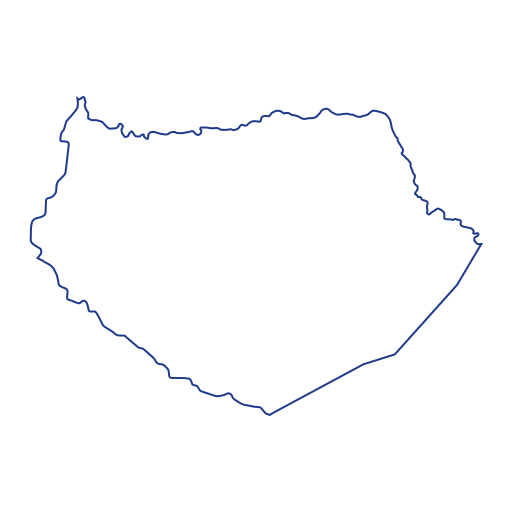 the district of Unión Cantinil, Huehuetenango, Guatemala
{"feature_id": "79465075B38315595445593", "entity_name": "Unión Cantinil", "entity_type": "district", "adm_level": 2, "iso_a3": "GTM", "parent_name": "Guatemala", "parent_adm1": "Huehuetenango", "projection": "albers", "projection_center": [-91.745, 15.587], "detail": "fine", "context": "isolated", "style": "outline", "palette": "blue", "viewbox_px": 512, "rotation_deg": 0, "n_neighbors": 0, "source": "geoboundaries", "source_scale": "gbopen_adm2", "svg_char_len": 5977}
<svg xmlns="http://www.w3.org/2000/svg" viewBox="0 0 512 512"><path d="M481.3,244.0L479.2,244.2L477.9,244.1L476.8,243.4L475.7,242.3L474.3,240.4L474.3,239.0L474.4,237.8L475.4,237.0L477.0,236.3L478.2,235.1L478.5,234.2L478.0,233.3L476.9,233.3L474.6,233.7L473.7,233.7L473.3,233.3L473.5,232.0L473.5,230.6L472.9,229.8L471.9,228.9L471.0,228.3L470.2,228.1L468.2,227.6L462.8,226.5L461.9,226.0L460.8,225.1L460.5,223.9L460.9,222.3L461.0,221.4L460.4,220.5L459.1,219.8L457.7,219.9L456.5,219.2L455.3,219.0L454.4,219.2L453.4,219.9L452.6,219.9L451.1,219.4L447.2,219.3L446.0,219.2L444.5,218.5L444.2,217.6L444.4,214.5L444.1,212.8L443.2,211.6L441.2,209.9L438.4,208.6L437.3,208.7L431.0,212.9L429.2,214.4L428.4,214.4L427.6,213.7L427.1,212.9L427.0,212.1L427.4,210.8L427.0,207.0L427.1,205.3L427.6,204.0L427.6,202.8L427.1,201.6L424.4,200.4L423.0,200.1L422.1,199.7L421.4,198.7L421.1,197.7L420.3,197.1L419.4,197.0L417.9,197.1L417.4,195.9L416.8,195.0L415.3,194.3L415.1,193.8L415.1,193.0L417.2,190.1L417.5,189.3L417.7,187.4L417.6,186.2L415.4,184.7L414.3,182.8L413.8,181.7L413.7,181.2L414.6,178.2L414.9,176.8L414.8,175.3L413.0,172.8L412.6,172.0L412.4,170.6L410.6,166.6L410.5,163.0L407.7,159.5L405.9,158.0L404.7,156.4L402.9,155.1L402.1,154.3L401.7,153.2L402.7,152.2L402.9,151.2L402.9,149.3L398.8,142.6L398.0,141.4L397.7,140.4L397.6,138.6L396.9,137.6L395.7,136.5L395.0,135.3L394.3,133.6L392.9,131.0L391.7,127.5L390.6,121.9L389.8,119.7L388.5,117.3L386.7,115.3L385.3,113.9L382.6,112.8L379.8,111.9L376.1,111.0L373.6,110.6L371.8,111.2L367.9,114.4L365.9,115.3L363.5,115.8L362.2,116.2L360.9,116.8L359.5,116.9L357.5,116.7L356.2,116.3L353.0,114.6L350.4,114.6L349.1,114.1L347.3,113.7L342.7,114.0L340.9,114.4L338.7,114.6L337.2,114.6L335.3,114.1L331.6,112.1L329.9,110.8L329.2,109.8L326.9,108.7L324.9,108.9L323.0,109.6L321.5,110.8L319.9,113.1L316.4,116.8L314.4,117.7L312.4,118.1L307.9,118.3L305.7,118.9L303.9,118.9L302.0,118.5L297.5,116.1L293.9,115.2L291.5,114.8L288.9,113.2L287.0,112.9L285.1,113.1L283.9,113.4L282.8,112.7L281.5,111.7L279.7,111.0L278.3,110.7L276.3,110.9L274.1,111.7L272.1,112.7L269.0,116.3L265.6,115.9L263.4,116.2L262.5,116.7L261.7,117.4L260.5,121.3L259.5,121.7L255.5,121.2L253.2,121.2L251.2,121.8L249.2,123.0L247.0,125.1L245.9,125.7L244.3,125.5L243.3,125.1L242.5,124.9L241.4,124.9L240.8,125.4L239.9,126.3L238.8,127.9L237.6,128.9L235.2,129.8L233.6,130.0L232.5,129.9L230.8,129.2L227.9,129.7L225.0,129.9L222.2,129.8L220.5,129.6L218.3,128.3L216.6,128.0L212.2,128.3L210.6,128.2L206.4,127.5L201.9,127.5L200.8,127.7L200.5,127.9L200.3,128.7L200.3,129.3L201.1,130.2L201.3,131.8L200.8,133.2L199.8,134.3L198.5,134.9L197.2,134.8L195.9,134.2L193.7,131.8L192.6,131.2L191.1,131.3L189.8,131.6L188.7,132.1L186.3,132.4L183.1,133.0L181.5,133.2L179.0,133.1L176.5,132.9L175.0,132.1L173.7,131.9L171.9,132.1L170.6,132.5L169.3,133.1L168.2,134.0L167.3,134.3L165.2,134.5L160.3,133.7L154.3,132.0L152.5,131.9L151.0,132.1L149.8,132.9L148.8,133.9L148.2,135.3L148.1,138.1L147.7,138.8L146.7,138.8L145.4,137.8L144.0,136.4L143.9,135.1L143.5,134.5L142.3,134.5L139.8,136.5L136.2,136.4L135.2,135.9L134.3,134.9L133.4,133.3L132.5,132.1L131.8,131.4L130.7,131.8L129.3,133.4L128.6,134.9L128.0,136.0L127.0,136.6L125.8,136.9L124.6,136.8L122.0,132.9L121.4,130.0L121.8,128.8L122.3,128.0L122.8,126.7L122.8,125.9L121.4,124.2L120.6,123.9L119.5,124.0L118.9,124.3L118.5,125.4L118.6,126.1L117.5,127.2L116.3,128.1L115.0,128.3L110.1,128.7L108.8,128.4L107.3,127.3L102.2,121.9L99.9,121.1L98.8,120.9L97.1,120.2L92.3,120.2L91.2,119.9L89.4,119.2L88.2,118.3L88.1,117.2L88.3,114.9L88.2,112.9L87.5,111.6L86.8,110.6L85.4,108.2L85.5,107.4L84.9,106.4L84.8,104.8L85.0,103.9L85.4,103.0L85.5,101.7L85.0,100.6L84.7,98.7L84.1,97.5L83.3,97.0L82.8,97.2L80.1,99.0L79.1,99.4L78.4,99.2L77.5,98.4L77.9,102.8L77.9,103.9L77.7,106.5L77.3,107.8L75.7,110.5L70.8,116.4L66.5,121.2L65.6,123.7L64.2,128.9L63.6,130.1L62.1,131.9L61.6,132.5L61.1,134.1L60.5,137.1L60.3,139.7L60.5,140.4L60.9,140.9L61.5,141.2L66.4,141.6L67.1,141.8L67.8,142.2L68.6,143.0L68.8,144.6L66.2,167.2L65.3,173.2L64.7,174.3L63.8,175.5L58.5,180.9L57.7,182.0L57.0,183.7L56.5,185.9L56.0,192.1L55.0,193.9L53.0,196.2L52.2,196.8L50.6,197.6L48.3,198.1L46.8,198.8L46.4,199.4L46.0,200.7L45.9,202.6L45.6,212.3L44.9,214.3L44.2,215.2L43.2,216.1L41.7,216.7L39.8,217.4L37.2,218.0L35.8,218.4L33.8,219.6L32.9,220.6L32.1,221.8L31.4,224.8L31.0,228.0L30.7,238.7L30.8,240.6L31.1,241.6L31.9,243.0L33.3,244.2L34.9,245.4L40.3,248.7L40.8,249.3L41.1,250.3L41.3,251.7L41.1,253.2L40.5,254.3L39.3,255.9L37.5,258.1L42.2,260.5L45.6,262.6L47.8,263.7L49.8,264.9L51.9,266.6L53.7,268.7L55.3,271.9L56.9,275.2L58.0,280.1L58.6,283.7L59.0,284.8L59.7,285.7L60.7,286.4L62.5,287.3L65.9,288.6L66.6,289.2L67.2,290.0L67.5,291.3L67.5,293.2L67.1,296.1L67.1,297.7L67.2,298.6L67.7,299.2L68.2,299.6L72.0,300.8L75.3,302.3L76.6,302.6L78.5,303.3L79.4,303.2L80.5,302.7L81.7,301.6L82.5,301.0L83.3,300.8L84.1,300.8L85.2,301.2L86.1,301.9L86.7,302.9L87.7,305.8L88.7,310.4L89.1,311.0L89.9,311.4L91.6,311.6L94.4,311.4L95.2,311.7L96.1,312.5L98.2,315.9L102.6,324.5L103.5,325.9L105.3,327.2L112.3,331.6L115.6,334.2L116.9,335.0L118.1,335.4L121.1,335.6L123.2,335.5L124.4,335.7L125.0,335.9L126.4,337.3L137.3,346.6L138.5,347.5L139.6,348.0L141.2,348.2L142.7,348.6L143.9,349.4L153.3,357.7L154.4,359.1L155.2,360.3L155.7,361.5L156.6,362.6L157.9,363.5L159.2,364.0L161.9,364.3L163.2,364.8L165.0,366.0L168.0,369.3L168.5,370.6L169.0,373.4L169.1,375.0L169.4,376.6L169.7,377.1L170.4,377.7L171.5,377.9L184.8,378.1L188.8,378.6L189.7,379.1L190.5,379.8L191.5,382.0L192.2,384.2L193.2,385.0L196.0,385.6L196.8,385.9L197.4,386.4L199.7,390.1L200.4,390.8L201.9,391.5L215.5,396.0L217.4,396.2L219.2,396.1L224.4,394.9L227.4,393.5L228.2,393.3L229.5,393.5L230.8,394.2L231.6,395.1L232.8,397.7L233.7,398.8L235.0,399.8L240.0,403.0L241.4,403.7L243.3,404.6L246.6,405.2L254.1,406.7L257.1,407.0L259.3,407.1L260.3,407.5L261.6,408.6L262.4,409.5L263.4,410.8L265.3,413.1L266.2,413.7L269.0,414.6L269.7,415.0L274.0,412.4L363.4,364.3L394.8,354.4L457.0,285.0L481.3,244.0Z" fill="none" stroke="#1e3a8a" stroke-width="2"/></svg>